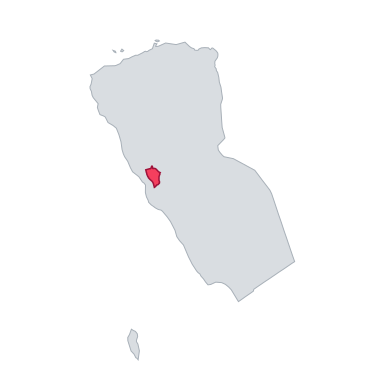 Mayfa'ah, Shabwah, Yemen shown in context, rotated 80°
{"feature_id": "15242507B4449600495147", "entity_name": "Mayfa'ah", "entity_type": "district", "adm_level": 2, "iso_a3": "YEM", "parent_name": "Yemen", "parent_adm1": "Shabwah", "projection": "albers", "projection_center": [47.797, 14.413], "detail": "fine", "context": "in_parent", "style": "filled", "palette": "rose", "viewbox_px": 384, "rotation_deg": 80, "n_neighbors": 0, "source": "geoboundaries", "source_scale": "gbopen_adm2", "svg_char_len": 5253}
<svg xmlns="http://www.w3.org/2000/svg" viewBox="0 0 384 384"><g transform="rotate(80 192 192)"><path d="M308.0,165.3L295.1,170.3L291.8,172.5L288.7,175.2L286.4,178.5L284.9,184.3L286.3,189.6L286.2,192.4L282.9,194.3L279.7,195.7L276.3,197.8L274.2,198.4L272.5,200.0L270.5,201.2L263.2,204.3L255.3,206.7L242.7,209.6L237.8,212.7L233.4,214.7L226.7,215.4L217.4,218.3L212.3,220.7L205.9,224.4L204.5,225.6L203.3,228.3L201.4,230.7L197.5,234.5L194.6,236.5L192.7,236.6L188.9,237.7L184.5,238.0L177.0,236.6L175.0,237.6L173.5,239.1L167.7,241.7L161.8,247.0L157.5,248.4L150.5,250.0L145.6,252.2L142.4,253.0L138.1,253.5L130.3,253.2L122.9,254.0L116.1,255.4L112.8,258.2L109.1,262.6L103.1,264.4L101.7,266.0L99.8,269.2L95.8,270.0L92.3,270.5L88.7,269.1L81.9,272.9L79.3,273.6L75.4,273.6L72.6,274.4L70.6,274.2L68.2,272.6L63.0,270.6L59.1,271.8L58.8,268.0L52.7,256.4L54.2,246.4L54.2,245.0L53.1,240.5L49.4,236.4L49.6,231.2L48.4,227.5L47.5,223.6L47.8,222.6L47.9,221.7L46.1,215.8L45.5,214.6L45.3,213.4L45.9,212.5L45.9,211.4L45.0,209.6L44.0,206.1L38.9,203.3L40.0,200.8L41.0,201.8L42.3,202.5L42.6,200.9L42.6,199.7L40.7,192.1L44.1,182.0L43.2,172.9L48.1,169.3L49.3,168.2L50.1,167.3L51.2,165.2L52.8,164.6L53.4,162.4L53.4,161.3L52.4,160.3L51.7,157.8L52.0,154.5L52.3,153.2L52.9,150.7L54.5,149.8L55.0,149.1L53.7,147.5L53.8,146.6L56.7,144.1L57.9,143.3L59.7,142.5L61.2,142.6L62.8,143.0L64.3,143.8L65.7,145.2L67.2,146.7L69.6,147.3L71.1,147.2L72.4,147.9L73.5,147.5L74.8,146.8L76.8,146.9L78.6,146.0L83.7,145.7L88.6,146.0L93.8,145.3L98.9,145.5L104.0,145.6L105.2,145.7L106.3,146.2L110.6,148.5L113.9,149.0L120.6,149.7L127.7,150.5L133.8,151.1L139.0,150.6L143.3,150.2L144.5,150.2L145.8,151.7L148.4,155.3L150.8,158.6L155.2,158.8L157.9,157.6L161.0,155.8L162.8,154.4L165.0,148.9L166.4,145.4L169.6,141.4L172.2,138.1L175.7,133.7L177.7,131.2L181.5,126.4L185.2,124.5L192.3,120.9L199.2,117.3L203.7,115.0L207.5,113.9L214.0,112.9L221.5,111.8L229.1,110.7L237.1,109.4L246.1,108.1L252.3,107.1L260.1,105.9L266.6,104.9L272.4,104.0L278.4,103.0L279.5,105.7L280.7,108.3L281.9,111.0L283.1,113.6L284.3,116.3L285.4,118.9L286.6,121.6L287.8,124.2L289.0,126.9L290.2,129.5L291.4,132.2L292.5,134.8L293.7,137.5L294.9,140.1L296.1,142.8L297.3,145.4L298.5,148.0L300.3,148.8L301.5,151.3L303.1,154.8L304.7,158.3L306.4,161.8L308.0,165.3ZM328.2,272.4L329.8,272.7L332.3,271.7L339.3,271.4L347.9,274.2L346.3,275.0L345.4,276.1L341.7,277.2L338.0,279.6L327.3,281.0L324.1,280.5L321.5,278.3L316.6,275.5L318.4,273.6L318.8,272.8L319.5,271.9L322.2,270.5L324.9,270.6L328.2,272.4ZM41.5,237.2L41.2,237.8L40.7,237.7L39.1,236.2L40.9,234.7L41.8,236.2L41.5,237.2ZM37.2,201.4L36.4,202.0L36.1,200.9L36.7,198.6L37.6,197.9L38.1,199.7L37.7,200.6L37.2,201.4ZM40.5,244.4L38.8,245.2L40.0,243.1L41.2,242.7L41.6,242.8L40.5,244.4Z" fill="#d9dde1" stroke="#a8b0b8" stroke-width="1"/><path d="M167.4,219.9L167.3,220.0L167.2,220.2L167.1,220.4L167.0,220.6L166.8,220.7L166.7,220.9L166.6,221.1L166.4,221.2L166.2,221.4L166.1,221.5L165.9,221.7L165.7,221.8L165.4,222.0L165.2,222.1L164.9,222.2L164.0,222.9L163.2,223.4L162.7,223.9L162.6,224.1L162.4,224.4L162.3,224.7L162.1,225.4L162.1,225.8L162.2,226.2L162.1,226.4L161.9,226.6L161.3,226.6L160.7,226.5L160.0,226.6L159.7,226.7L159.5,226.9L159.7,227.2L160.0,227.5L160.5,227.8L161.1,228.1L161.3,228.2L161.5,228.3L161.7,228.6L161.8,228.8L161.8,229.1L161.8,229.3L161.7,229.5L161.9,231.6L162.1,233.7L162.3,233.7L162.5,233.7L162.9,233.6L163.1,233.6L163.3,233.6L163.6,233.6L163.8,233.6L164.0,233.6L164.4,233.6L164.6,233.5L164.9,233.5L165.1,233.5L165.3,233.4L165.5,233.4L165.9,233.4L166.2,233.4L166.4,233.4L166.6,233.4L166.8,233.4L167.0,233.3L167.4,233.2L167.6,233.2L167.9,233.1L168.1,233.1L168.3,233.0L168.5,233.0L168.9,232.9L169.1,232.9L169.3,232.8L169.5,232.7L169.7,232.4L170.1,232.3L170.5,232.4L170.9,232.1L171.1,232.0L171.3,231.9L171.6,231.7L171.8,231.6L172.0,231.4L172.3,231.2L172.5,231.1L172.7,230.9L172.8,230.8L173.0,230.7L173.3,230.4L173.5,230.3L173.7,230.1L173.8,230.0L174.0,229.9L174.2,229.7L174.3,229.6L174.5,229.5L174.7,229.4L174.9,229.3L175.1,229.2L175.4,229.0L175.6,228.9L175.8,228.9L176.1,228.8L176.3,228.8L176.5,228.7L176.9,228.6L177.1,228.6L177.3,228.6L177.5,228.5L177.9,228.5L178.2,228.5L178.4,228.5L178.6,228.5L178.8,228.4L179.0,228.4L179.4,228.4L179.6,228.4L179.9,228.3L180.1,228.3L180.3,228.3L180.5,228.3L180.9,228.3L181.0,228.3L181.0,228.2L180.9,227.9L180.7,227.7L180.4,227.4L180.2,227.3L180.2,227.2L180.0,226.8L179.9,226.6L179.8,226.4L179.7,226.2L179.4,226.0L179.4,225.9L179.2,225.8L179.2,225.7L178.9,225.4L178.9,225.2L178.9,224.8L178.9,224.6L178.8,224.4L178.8,224.2L178.7,224.1L178.6,223.9L178.4,223.6L178.1,223.3L178.0,223.1L177.9,223.0L177.9,222.9L177.7,222.6L177.4,222.5L177.2,222.5L176.9,222.5L176.8,222.3L176.7,222.3L176.3,222.3L176.1,222.2L175.9,222.2L175.7,222.2L175.5,222.3L175.3,222.4L175.1,222.5L174.9,222.5L174.7,222.5L174.4,222.5L174.2,222.5L174.1,222.4L173.8,222.3L173.6,222.2L173.4,222.2L173.2,222.2L172.9,222.2L172.7,222.1L172.4,222.1L172.1,222.0L171.9,222.0L171.7,221.9L171.3,221.9L171.1,221.8L170.9,221.7L170.7,221.6L170.5,221.4L170.4,221.4L170.1,221.3L169.9,221.2L169.7,221.1L169.5,220.9L169.4,220.8L169.3,220.7L169.1,220.6L168.9,220.6L168.6,220.7L168.4,220.7L168.2,220.6L168.1,220.4L167.9,220.3L167.7,220.2L167.4,219.9L167.4,219.9Z" fill="#f43f5e" stroke="#9f1239" stroke-width="1.5"/></g></svg>